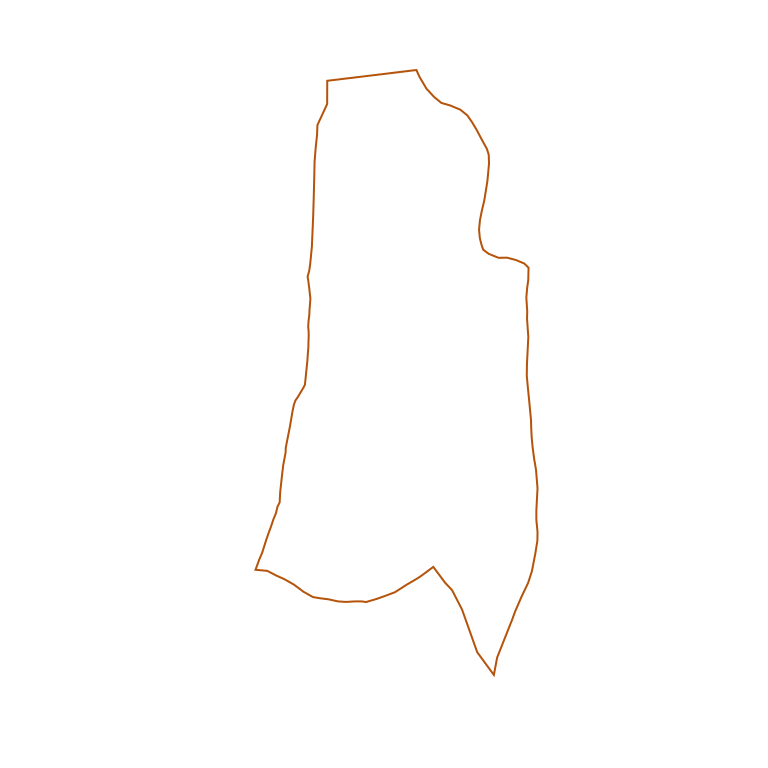 Monchy/Vieux Sucreic/Careffe, Gros Islet, Saint Lucia (Robinson projection), rotated 167°
{"feature_id": "8701671B37181005506912", "entity_name": "Monchy/Vieux Sucreic/Careffe", "entity_type": "district", "adm_level": 2, "iso_a3": "LCA", "parent_name": "Saint Lucia", "parent_adm1": "Gros Islet", "projection": "robinson", "projection_center": [-60.949, 14.057], "detail": "fine", "context": "isolated", "style": "outline", "palette": "amber", "viewbox_px": 768, "rotation_deg": 167, "n_neighbors": 0, "source": "geoboundaries", "source_scale": "gbopen_adm2", "svg_char_len": 1808}
<svg xmlns="http://www.w3.org/2000/svg" viewBox="0 0 768 768"><g transform="rotate(167 384 384)"><path d="M285.8,683.1L371.1,692.2L376.4,669.6L390.6,651.3L393.2,641.8L397.3,629.9L401.6,616.4L404.9,603.3L410.1,583.1L415.4,562.9L423.4,534.0L427.0,523.2L428.8,517.9L431.4,511.1L434.3,505.8L434.5,502.0L435.3,494.1L436.5,483.8L438.2,478.3L439.8,473.3L441.3,467.9L443.3,462.5L445.0,456.8L445.4,453.5L446.4,448.3L448.0,442.5L449.5,436.5L451.1,431.6L453.3,424.3L461.2,401.1L463.4,398.5L471.3,390.3L473.9,388.0L476.4,384.2L479.7,377.0L485.2,363.8L490.3,352.4L494.1,343.9L495.3,339.3L500.5,327.5L505.3,314.0L509.5,301.9L512.3,292.1L515.4,288.4L518.3,282.5L522.2,277.0L526.8,269.5L530.4,264.1L533.9,258.5L536.0,254.9L540.6,247.1L544.9,241.2L551.0,231.9L539.8,228.2L532.2,221.7L525.2,216.4L517.1,209.0L509.1,199.6L501.2,192.4L494.7,189.7L486.3,186.6L477.7,182.5L470.0,180.2L461.2,178.7L454.4,177.1L450.6,175.6L439.9,176.2L431.1,177.2L420.0,178.7L407.2,183.3L395.4,187.0L391.1,188.6L377.1,194.7L369.2,176.7L364.0,167.7L358.7,146.7L353.5,101.7L342.4,75.8L335.3,92.0L324.0,108.4L314.2,122.6L312.9,124.4L307.5,132.7L297.7,146.0L288.3,157.8L282.0,168.3L274.4,185.5L269.8,196.8L267.7,205.2L266.1,217.5L263.9,226.9L257.9,247.8L255.2,266.2L254.5,277.7L253.5,288.3L252.1,298.8L250.3,308.9L248.9,315.6L245.9,338.1L244.5,349.2L243.0,360.0L240.3,371.0L232.8,397.4L229.9,415.7L228.1,422.5L225.9,436.1L223.0,445.1L220.0,453.0L217.0,464.8L220.2,469.8L227.5,475.1L235.7,479.4L244.0,481.2L252.5,487.1L257.1,492.5L257.7,498.4L257.8,504.6L256.7,512.9L253.7,521.9L250.0,530.2L244.9,540.5L237.6,558.5L232.1,575.1L230.4,583.7L230.8,589.7L233.7,600.0L236.7,611.2L239.2,619.0L242.4,627.0L248.0,634.2L257.0,640.6L264.9,645.0L270.5,652.2L276.2,662.2L280.3,675.2L281.8,682.6L285.8,683.1Z" fill="none" stroke="#b45309" stroke-width="2"/></g></svg>